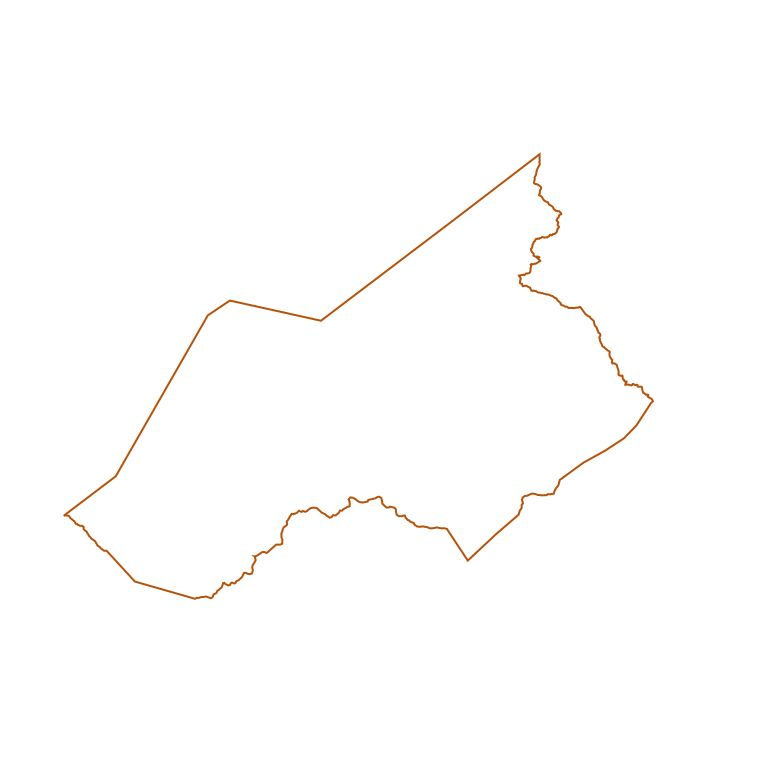 Menyamya District, Morobe, Papua New Guinea, rotated 109°
{"feature_id": "67681753B12937966801252", "entity_name": "Menyamya District", "entity_type": "district", "adm_level": 2, "iso_a3": "PNG", "parent_name": "Papua New Guinea", "parent_adm1": "Morobe", "projection": "orthographic", "projection_center": [146.094, -7.257], "detail": "fine", "context": "isolated", "style": "outline", "palette": "amber", "viewbox_px": 768, "rotation_deg": 109, "n_neighbors": 0, "source": "geoboundaries", "source_scale": "gbopen_adm2", "svg_char_len": 6166}
<svg xmlns="http://www.w3.org/2000/svg" viewBox="0 0 768 768"><g transform="rotate(109 384 384)"><path d="M489.2,229.0L463.8,214.2L459.5,214.4L456.6,213.5L453.2,214.5L451.8,213.8L450.2,214.6L448.7,215.8L446.5,216.0L444.2,214.6L443.0,212.2L440.8,210.0L439.4,208.2L438.8,205.6L438.8,202.4L438.2,200.1L437.9,198.3L436.8,195.8L436.2,194.0L434.8,193.3L434.3,191.0L434.0,190.8L432.5,187.8L429.5,187.9L426.4,187.4L424.0,186.3L421.8,186.2L419.5,186.4L417.5,186.6L393.3,169.7L375.0,153.2L357.3,139.5L349.1,135.6L340.5,131.7L315.3,125.4L312.9,124.1L311.4,125.4L310.9,126.7L310.6,127.7L310.5,129.0L310.1,130.3L309.7,130.8L309.1,130.7L308.7,130.4L308.2,130.7L308.2,131.3L308.8,133.2L308.3,134.2L308.0,134.9L307.9,136.1L305.6,137.8L303.6,138.7L303.0,139.0L302.9,139.5L303.0,140.9L303.5,141.8L303.8,142.6L303.8,143.3L302.6,143.8L302.4,144.3L302.5,145.0L303.3,146.1L303.2,146.9L302.8,148.3L303.1,148.9L304.3,149.1L304.7,149.5L304.9,150.6L305.0,152.7L305.3,153.9L306.1,155.6L305.6,155.7L305.0,155.5L303.9,155.7L303.1,155.3L302.7,155.5L303.2,157.1L302.9,157.7L302.3,158.1L301.9,158.5L301.8,159.2L301.5,159.7L299.6,160.8L299.0,160.9L298.5,161.3L299.1,162.3L299.2,163.3L299.0,164.1L299.2,164.7L298.9,165.2L298.3,165.6L296.2,166.0L295.5,166.4L294.6,167.0L293.8,167.4L292.6,168.6L291.2,169.4L290.5,169.9L289.8,171.1L289.5,172.9L289.6,173.6L290.0,174.1L290.2,174.8L289.6,175.5L287.5,175.9L286.7,176.2L286.2,177.3L285.5,178.4L284.4,179.5L282.6,180.5L281.4,180.8L280.3,181.0L279.8,181.5L279.4,183.6L278.6,185.3L278.4,186.3L278.0,187.1L277.6,187.5L277.3,189.5L276.9,190.1L276.0,190.7L275.0,191.6L274.4,192.5L273.1,193.4L272.4,194.1L271.9,194.4L270.9,194.6L270.3,195.4L269.8,195.6L267.7,195.2L266.1,196.2L265.5,198.1L264.4,198.7L263.5,199.8L261.3,201.4L261.0,201.9L260.4,203.2L260.0,203.8L259.0,204.5L256.3,206.0L255.8,206.7L255.3,208.2L254.8,209.0L254.6,210.1L254.0,210.7L253.4,211.2L253.4,212.5L253.3,213.3L253.2,213.9L252.7,214.7L252.5,215.8L252.1,216.6L247.3,223.5L247.5,224.3L248.4,224.9L249.5,227.6L250.2,228.7L251.3,232.1L251.5,233.2L252.1,234.2L251.5,235.7L251.5,236.8L251.9,237.8L251.5,239.3L251.5,241.1L251.3,242.6L250.9,243.0L250.2,243.1L248.9,245.8L248.4,247.3L247.0,248.9L246.8,250.8L246.0,253.4L246.1,254.4L245.9,258.0L246.4,259.1L246.3,260.6L246.6,262.2L246.5,263.9L246.9,265.0L246.8,266.1L247.3,268.2L246.7,270.7L247.0,272.0L246.9,272.8L247.6,273.7L247.5,274.4L247.7,275.1L246.1,276.6L245.4,277.2L245.3,278.8L244.8,281.5L244.9,282.0L245.7,283.6L246.3,284.3L246.4,284.7L245.7,285.3L244.5,285.9L244.5,287.3L244.4,288.0L244.1,288.4L241.9,288.9L239.7,289.0L237.5,291.7L235.6,288.1L235.2,287.7L235.2,286.6L233.2,285.6L232.7,284.2L232.1,283.1L231.0,282.4L229.0,282.3L227.1,283.1L225.2,283.1L224.3,283.4L223.3,284.2L222.6,283.7L222.4,282.4L221.8,281.2L221.1,280.6L220.8,279.7L216.7,276.3L216.1,277.1L215.5,278.9L215.1,279.8L214.4,279.0L213.6,278.6L213.4,280.1L214.0,281.4L214.3,282.2L214.1,283.9L213.7,284.5L212.3,284.8L211.1,286.9L210.1,288.0L209.1,288.8L208.5,289.0L207.4,288.5L206.0,288.4L204.4,288.9L203.3,288.8L202.4,288.5L200.8,288.7L200.0,288.1L199.4,287.8L197.6,287.7L196.9,286.7L196.9,286.2L196.3,285.8L196.1,284.5L195.4,284.2L194.9,283.2L193.8,282.5L193.4,282.0L193.5,280.8L193.3,279.9L192.6,278.6L192.1,277.4L190.2,275.8L189.1,275.8L188.6,274.9L188.8,273.8L188.5,273.4L187.3,273.0L186.5,271.5L184.6,270.3L181.8,270.2L181.3,270.5L180.2,270.1L179.7,269.8L178.5,269.6L177.0,271.7L175.9,271.8L174.6,271.7L174.1,272.3L173.5,273.6L172.9,274.2L172.4,274.2L171.7,273.9L170.8,273.9L169.7,273.1L168.1,273.4L166.8,273.0L165.9,271.8L165.1,271.9L163.7,274.4L164.1,277.0L164.2,278.3L163.7,279.1L163.4,280.3L162.6,281.1L161.9,281.7L161.4,282.5L160.9,284.5L160.6,286.3L160.0,287.1L159.0,287.8L158.8,288.3L158.9,289.4L158.5,291.6L157.9,293.1L156.7,294.5L155.8,295.5L155.3,296.8L155.2,298.0L154.8,299.0L153.1,298.8L150.1,299.6L148.4,299.1L147.2,299.3L146.4,300.2L145.3,303.9L145.6,306.2L145.3,307.4L144.5,307.8L140.9,308.2L139.7,308.9L136.9,308.4L132.1,309.1L129.7,308.9L125.8,308.2L124.5,308.7L124.0,309.3L122.2,309.5L118.0,311.1L116.1,311.7L205.7,371.1L344.7,464.2L355.3,556.9L376.4,572.9L558.6,607.6L612.8,643.9L611.7,642.1L611.3,639.0L612.8,637.0L614.8,631.7L616.5,630.0L616.2,628.7L616.8,628.1L616.8,626.9L617.1,625.2L616.4,623.5L616.9,621.4L618.9,620.9L620.0,618.9L620.3,617.3L621.6,616.1L622.2,614.9L623.7,613.5L624.4,612.0L625.5,610.3L626.0,608.2L626.6,606.2L627.9,604.6L630.1,602.2L630.6,599.9L631.6,598.3L632.8,594.4L632.0,592.0L651.9,555.2L648.6,492.7L647.0,491.3L646.8,489.9L645.0,487.5L643.7,484.5L642.9,483.3L642.9,478.0L641.6,476.7L638.4,476.6L637.2,475.3L636.0,474.4L633.6,474.2L632.5,473.2L631.2,472.6L629.1,471.2L626.5,471.2L624.5,471.3L624.0,470.3L624.7,469.0L625.0,467.2L625.0,465.3L624.3,464.3L622.1,463.9L621.3,463.2L621.2,462.2L621.4,460.9L620.8,459.7L618.6,459.4L616.6,457.4L614.4,456.3L613.1,455.5L608.1,454.8L607.5,453.1L607.9,451.1L607.4,448.7L606.1,447.2L602.9,447.3L600.3,448.9L598.3,449.2L595.2,448.4L592.3,448.0L589.2,450.0L589.1,450.3L588.9,449.6L587.6,448.2L582.4,444.2L581.8,442.1L582.0,439.9L570.9,433.6L569.7,429.9L568.2,428.3L564.7,429.2L562.5,430.9L559.0,432.3L552.4,432.3L549.3,430.1L548.3,429.9L545.7,431.2L543.8,430.5L540.6,430.0L536.8,429.0L536.4,427.0L534.2,424.5L531.6,423.2L531.8,421.4L531.6,420.1L530.5,419.4L530.5,416.9L529.1,415.4L527.9,414.8L525.3,413.0L523.8,410.4L523.2,407.4L524.6,403.9L526.0,400.7L526.2,397.4L527.0,396.0L528.1,391.7L526.7,390.1L524.7,389.6L524.1,387.1L522.6,386.1L520.3,384.7L518.0,384.4L517.5,382.6L515.1,381.3L513.9,379.9L512.5,379.0L510.8,376.7L508.5,377.4L506.2,378.3L504.8,379.9L502.2,378.9L501.7,376.4L502.2,373.5L503.2,370.8L503.6,368.3L503.0,365.6L501.8,363.4L500.4,361.2L498.7,361.1L496.8,358.0L494.8,354.8L492.8,353.3L492.1,351.8L492.7,349.4L495.0,347.9L497.6,346.6L498.8,344.3L500.0,341.4L499.2,339.3L498.0,338.3L497.6,333.8L498.7,332.0L501.1,330.9L503.4,329.5L504.1,326.9L503.3,324.2L501.7,322.2L501.6,321.2L503.1,320.4L504.9,317.2L504.8,315.6L505.6,314.8L505.7,312.5L505.7,310.5L506.6,309.9L507.3,308.9L507.9,306.1L507.5,304.0L506.0,300.8L505.3,296.5L505.5,293.4L504.3,290.5L502.4,287.4L501.8,282.5L500.8,280.3L500.5,277.4L523.7,247.3L489.2,229.0Z" fill="none" stroke="#b45309" stroke-width="2"/></g></svg>